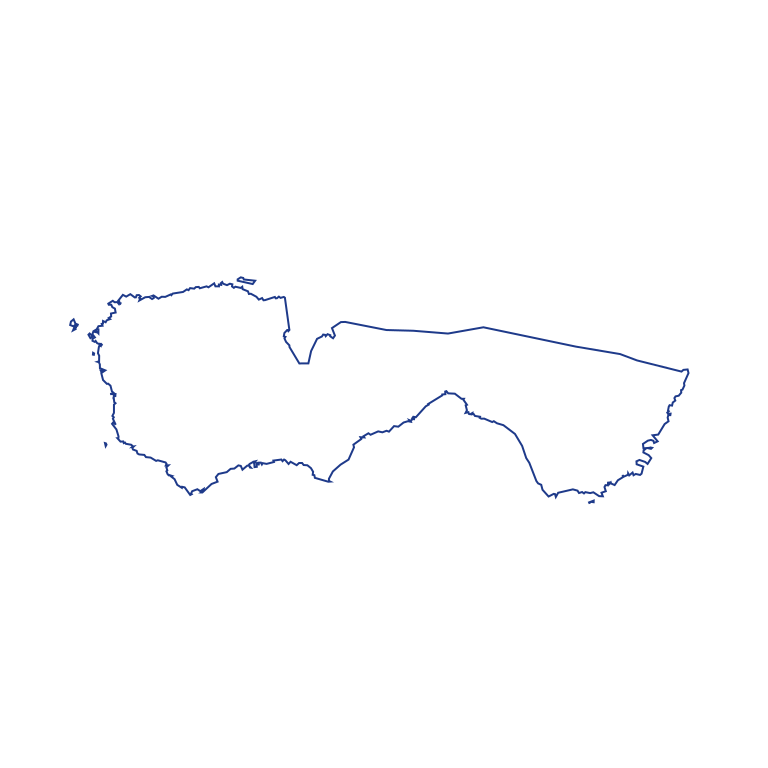 the district of Negros Occidental, Negros Occidental, Philippines, rotated 242°
{"feature_id": "2640588B49335496833592", "entity_name": "Negros Occidental", "entity_type": "district", "adm_level": 2, "iso_a3": "PHL", "parent_name": "Philippines", "parent_adm1": "Negros Occidental", "projection": "mercator", "projection_center": [123.007, 10.244], "detail": "fine", "context": "isolated", "style": "outline", "palette": "blue", "viewbox_px": 768, "rotation_deg": 242, "n_neighbors": 0, "source": "geoboundaries", "source_scale": "gbopen_adm2", "svg_char_len": 6175}
<svg xmlns="http://www.w3.org/2000/svg" viewBox="0 0 768 768"><g transform="rotate(242 384 384)"><path d="M506.7,337.0L507.9,336.4L508.6,333.1L510.5,332.2L510.0,329.7L510.5,328.6L512.1,328.5L513.9,318.4L514.5,316.9L517.1,316.7L517.3,313.1L520.9,312.3L526.2,308.8L526.9,307.0L529.7,307.4L534.1,303.7L536.4,304.5L536.1,302.6L539.7,298.4L539.4,296.6L541.5,295.6L543.2,296.9L544.9,295.0L545.0,291.8L548.1,289.0L550.0,289.0L549.6,287.2L548.0,286.7L549.3,284.9L547.7,284.1L549.4,281.0L552.6,281.3L551.8,274.4L553.5,273.2L555.0,266.3L556.7,266.0L557.9,263.3L557.3,261.2L559.7,257.8L558.6,255.5L560.1,254.3L559.6,249.8L563.0,240.0L562.3,238.0L563.2,237.9L563.6,231.8L565.4,228.7L565.2,224.9L570.4,222.1L570.6,220.7L569.5,221.8L568.0,221.1L567.9,219.1L571.2,217.4L572.7,213.9L572.6,207.2L574.0,208.8L575.0,208.3L575.6,210.3L577.6,209.4L578.5,207.3L577.0,205.6L577.4,204.6L582.4,202.2L582.2,197.4L585.3,195.3L582.4,188.6L581.3,189.1L580.2,188.3L579.0,189.3L578.7,188.9L579.5,188.5L578.9,187.5L581.5,187.0L582.7,184.5L584.8,183.6L584.4,178.3L583.2,178.2L582.0,180.4L579.4,180.2L576.9,181.8L573.1,180.6L574.4,176.0L571.7,174.8L571.5,171.9L569.9,172.6L570.4,169.1L569.2,167.2L571.5,165.5L569.3,164.2L569.6,163.0L567.6,162.8L569.1,159.0L567.3,156.2L566.3,157.5L562.8,155.6L565.9,154.8L564.9,154.1L565.6,153.3L567.1,154.5L567.0,152.2L564.8,149.9L560.9,150.6L560.8,147.9L559.0,146.9L557.0,148.4L557.4,149.6L554.7,149.9L553.0,151.3L553.4,152.3L552.8,151.8L552.3,153.0L550.3,153.5L551.8,152.5L550.5,151.7L551.6,150.9L550.5,149.6L545.5,145.9L542.7,145.8L537.8,143.1L538.1,141.5L537.1,142.5L534.7,142.3L531.3,140.6L526.9,144.3L526.4,139.5L519.4,137.8L514.2,139.4L513.8,140.6L510.9,141.7L505.2,140.3L502.6,141.3L503.5,138.4L503.2,138.3L501.2,142.2L498.7,140.6L501.0,141.6L501.7,140.6L498.5,138.8L498.8,137.7L498.2,138.7L494.6,137.3L493.1,137.9L492.6,135.9L485.3,132.0L483.3,129.2L481.5,129.8L480.6,128.3L474.0,128.0L477.3,127.1L476.5,125.2L469.5,126.4L462.4,125.0L460.8,124.0L461.2,123.2L456.8,124.3L455.7,126.8L454.0,126.5L453.9,127.8L452.4,128.0L449.1,132.2L446.9,133.1L446.7,132.3L446.3,133.6L445.8,131.8L444.0,131.6L441.1,134.2L438.4,133.7L436.8,134.7L433.9,139.1L431.2,139.5L428.6,143.4L423.1,146.7L422.8,148.5L417.3,154.3L415.6,154.5L414.5,153.1L413.4,155.5L412.6,152.7L409.4,152.1L409.1,150.9L405.8,150.6L403.7,151.4L404.8,151.3L402.3,153.7L402.3,152.6L398.3,154.4L392.0,154.1L387.2,156.8L388.0,157.5L386.3,159.5L377.0,160.8L377.0,162.5L377.9,162.2L379.4,164.3L378.7,169.8L375.6,171.5L376.0,175.4L374.2,173.8L374.0,171.8L373.5,172.7L376.7,184.8L375.9,191.2L380.7,191.8L382.3,195.6L380.0,203.8L381.1,208.7L379.6,212.2L380.5,217.2L378.9,219.1L374.8,218.8L376.1,224.9L375.5,226.5L373.1,226.5L372.6,227.2L375.9,226.5L376.5,227.8L376.6,232.0L375.0,232.0L376.6,232.4L376.1,234.3L375.2,232.3L371.4,230.7L370.6,232.8L374.0,234.3L373.3,235.9L370.9,235.3L373.4,236.3L372.4,238.4L370.3,238.4L371.1,239.7L368.6,242.8L366.8,250.2L368.3,250.4L365.5,257.9L363.5,258.2L364.2,260.3L363.0,261.1L358.2,262.2L359.2,265.0L353.3,268.8L354.1,271.9L352.7,274.6L350.2,275.0L348.2,278.2L344.0,280.0L339.8,280.2L337.3,278.4L336.2,279.7L333.6,278.9L323.9,288.9L323.1,290.7L324.2,289.9L326.2,290.9L330.8,297.8L333.2,307.8L333.9,317.2L342.2,327.8L344.8,328.5L346.1,338.2L347.0,339.0L347.6,338.2L348.1,338.2L346.1,341.5L347.5,341.4L347.8,347.1L345.5,348.3L344.9,356.6L342.1,359.9L341.5,364.3L339.6,366.0L342.1,373.1L339.6,376.6L340.8,383.2L339.9,387.7L338.3,389.7L340.1,389.5L338.7,390.7L339.8,392.5L338.8,394.0L340.3,395.2L340.9,393.7L341.3,394.5L339.7,396.6L344.7,410.4L344.8,413.7L345.6,413.6L346.6,430.0L347.4,430.5L346.2,433.4L348.6,434.5L348.4,435.7L345.6,436.3L342.2,442.0L334.5,445.5L333.4,447.6L332.8,446.7L326.7,447.5L326.8,446.1L321.9,444.9L320.2,442.5L319.5,445.3L317.8,444.9L316.8,445.9L316.9,448.4L315.9,447.7L315.6,449.0L313.1,449.3L310.0,453.4L309.3,452.6L307.7,453.6L306.4,456.2L299.6,461.7L299.6,463.5L296.3,465.3L291.6,470.1L278.4,476.2L264.5,476.9L251.8,474.8L246.2,475.3L226.8,473.0L223.9,473.4L221.2,475.5L216.2,474.3L207.4,476.5L207.3,482.3L206.5,483.3L203.6,482.7L206.2,486.7L202.3,501.3L199.0,504.8L196.2,505.0L195.6,508.2L193.5,509.2L194.0,511.0L190.9,514.8L190.1,518.0L184.0,521.3L182.1,524.5L185.9,525.0L185.2,529.5L189.5,530.3L190.7,532.1L189.4,534.1L191.7,535.5L191.3,536.5L189.4,534.9L190.6,538.0L189.5,537.8L186.5,540.2L189.2,545.3L189.6,551.5L191.5,551.7L189.6,552.5L189.3,556.8L190.5,557.6L188.2,557.6L189.1,561.9L186.3,561.5L186.4,564.0L183.5,567.4L183.9,569.3L189.3,574.2L194.5,569.4L197.2,570.6L197.0,573.9L192.6,578.0L189.7,579.2L193.1,585.2L196.9,584.3L201.8,580.9L203.4,582.0L204.2,585.7L205.4,582.9L209.5,584.5L210.1,590.4L209.3,593.4L207.4,595.2L205.1,594.8L204.9,598.7L212.6,597.1L210.6,602.4L216.9,613.0L217.5,617.7L221.2,618.7L223.4,620.8L225.8,620.7L226.3,622.7L227.2,622.3L230.3,624.8L231.2,626.2L229.7,628.2L232.1,630.3L232.6,633.4L235.2,633.8L236.2,635.6L235.3,638.7L236.8,642.4L239.1,643.4L238.9,644.9L241.6,648.5L243.9,649.3L250.7,658.0L254.3,658.9L255.9,655.0L255.3,652.5L286.1,618.4L299.6,606.5L326.9,571.0L387.4,498.4L398.5,464.2L417.3,434.8L430.5,411.5L457.0,378.9L458.9,375.0L457.8,364.3L449.8,363.4L448.3,360.5L451.4,358.9L452.3,359.5L454.5,357.5L453.6,355.0L455.0,355.1L456.2,353.5L455.1,351.5L455.3,346.1L447.3,335.1L437.7,326.9L441.9,318.9L460.9,317.9L462.6,318.6L467.1,317.3L470.9,317.5L471.9,319.1L473.1,317.9L475.8,320.0L477.1,323.9L476.2,325.2L475.8,324.4L475.6,324.4L476.1,325.8L506.7,337.0ZM543.9,303.3L533.9,315.0L535.7,318.7L542.1,309.3L543.7,309.5L545.4,307.6L545.1,303.9L543.9,303.3ZM577.3,134.6L577.3,137.4L578.4,137.3L578.5,138.6L581.3,139.5L579.5,140.7L580.2,141.5L582.2,139.9L586.8,140.3L586.1,136.9L583.4,134.6L580.7,136.9L581.3,139.5L577.3,134.6ZM566.3,146.2L562.4,146.3L563.0,149.2L566.8,147.8L566.3,146.2ZM183.2,509.5L181.7,509.4L182.9,509.8L182.7,511.5L181.2,513.6L182.6,514.4L183.2,509.5ZM222.1,622.2L223.3,623.1L224.0,621.6L222.9,620.7L222.1,622.2ZM203.1,587.3L201.4,589.3L201.8,590.7L202.9,589.4L203.1,587.3ZM528.7,140.2L526.7,140.2L527.5,141.9L528.7,140.2ZM546.6,140.8L546.0,141.5L547.1,142.4L548.1,141.8L546.6,140.8ZM459.8,109.1L460.7,110.5L462.1,110.6L462.8,109.9L459.8,109.1Z" fill="none" stroke="#1e3a8a" stroke-width="2"/></g></svg>